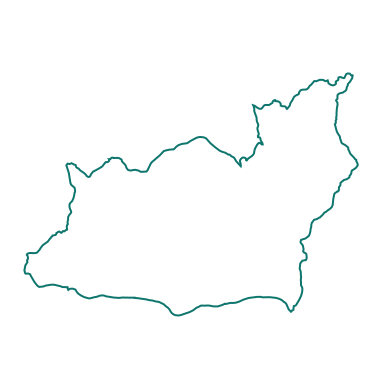 Marmato, Caldas, Colombia (Mercator projection), rotated 92°
{"feature_id": "7082276B17776075078711", "entity_name": "Marmato", "entity_type": "district", "adm_level": 2, "iso_a3": "COL", "parent_name": "Colombia", "parent_adm1": "Caldas", "projection": "mercator", "projection_center": [-75.61, 5.489], "detail": "fine", "context": "isolated", "style": "outline", "palette": "teal", "viewbox_px": 384, "rotation_deg": 92, "n_neighbors": 0, "source": "geoboundaries", "source_scale": "gbopen_adm2", "svg_char_len": 5895}
<svg xmlns="http://www.w3.org/2000/svg" viewBox="0 0 384 384"><g transform="rotate(92 192 192)"><path d="M291.5,313.0L293.3,312.8L294.2,312.2L293.2,311.0L292.8,309.5L292.8,307.7L293.6,305.1L296.1,303.5L297.6,302.1L299.6,298.8L300.9,295.7L301.9,291.5L301.9,290.5L300.4,285.3L299.9,283.0L298.9,280.8L298.4,277.6L298.7,275.7L299.2,274.6L300.2,266.6L300.4,261.5L299.8,257.0L299.9,255.4L299.6,245.7L299.9,245.7L300.0,242.7L300.9,234.1L301.6,230.8L301.8,227.8L302.6,224.7L302.9,222.0L303.2,220.7L305.2,216.3L307.2,214.0L308.6,211.9L310.3,210.3L312.2,209.2L313.7,208.0L315.1,206.0L315.6,204.5L315.8,202.7L315.9,201.1L315.3,198.7L312.1,190.2L310.1,186.6L307.4,183.3L306.8,181.8L305.2,179.0L305.1,174.1L304.9,173.3L304.9,170.8L305.6,166.3L305.4,162.1L303.7,157.4L303.0,156.2L302.8,155.1L302.6,155.1L302.7,154.2L301.5,149.8L301.5,147.7L301.2,145.0L300.8,143.4L300.0,141.3L297.6,136.4L295.9,131.6L294.5,123.0L294.4,119.4L294.8,117.8L294.4,110.8L294.6,108.1L294.9,104.1L295.9,100.6L297.0,98.3L298.7,96.3L299.3,95.0L300.8,93.7L305.9,91.3L308.2,89.0L308.1,88.6L307.0,88.0L306.3,86.6L302.5,86.3L302.1,85.0L301.5,84.1L295.2,80.7L291.5,79.2L287.8,78.4L284.8,78.3L283.5,78.6L281.3,79.9L278.4,79.9L276.4,80.2L272.8,80.0L270.5,80.4L268.8,80.4L266.8,80.9L265.0,81.7L259.6,81.3L256.9,79.4L256.2,76.9L256.2,76.2L255.9,75.7L255.1,75.3L253.4,75.1L250.3,75.5L249.5,76.0L248.3,78.2L247.6,78.8L245.2,78.5L241.5,79.4L238.9,81.6L237.8,81.8L236.0,81.3L234.5,77.0L231.9,73.8L229.9,72.9L227.1,72.3L224.8,72.2L223.2,71.7L220.5,71.6L219.6,71.4L218.6,71.1L215.9,69.3L215.5,69.0L214.7,66.2L213.2,64.0L213.0,63.3L212.2,62.6L210.6,60.9L208.0,59.0L207.1,57.3L206.1,56.3L203.9,53.4L202.2,51.8L200.3,51.0L193.7,50.5L189.0,49.7L187.9,48.8L187.2,47.7L186.4,46.9L186.3,46.0L185.2,45.3L182.0,45.3L180.3,44.0L177.6,43.9L174.7,40.6L173.8,37.7L172.3,35.7L171.6,35.1L170.3,35.1L169.0,34.0L167.4,33.4L165.4,33.2L165.0,33.0L163.4,30.6L162.0,28.9L159.6,27.3L158.4,27.4L156.3,28.3L155.4,28.9L154.2,28.9L153.5,30.1L151.9,31.4L148.3,35.1L144.8,36.7L144.1,37.3L142.3,37.4L141.7,37.9L140.0,40.1L138.1,43.8L137.5,44.3L133.1,45.9L131.2,46.3L128.9,48.0L126.5,49.4L119.3,51.6L118.2,50.8L116.9,50.7L115.9,50.9L115.3,50.8L114.4,50.2L112.6,50.6L111.1,50.2L107.4,50.3L102.9,50.1L100.0,49.6L97.6,49.8L95.9,51.0L95.4,51.2L94.8,50.9L93.8,49.9L90.3,50.0L89.1,49.2L88.7,48.7L87.8,46.6L87.5,44.9L85.4,42.0L84.3,41.3L81.7,40.9L80.3,40.1L78.7,40.0L76.2,37.9L72.7,35.9L69.1,35.4L69.9,35.9L70.1,36.7L68.2,38.5L68.1,40.4L68.6,41.7L69.0,42.1L72.7,43.7L72.9,44.2L72.8,44.9L72.0,47.5L72.0,48.4L72.4,49.5L73.3,49.7L74.7,49.7L75.1,49.9L75.9,51.3L76.7,52.2L77.2,52.2L78.4,51.8L79.0,52.1L80.1,53.4L80.5,54.7L80.4,55.9L79.9,57.4L78.7,59.2L78.2,59.6L77.2,59.7L75.7,60.3L76.6,62.2L76.4,63.1L75.4,64.8L75.4,67.4L75.5,68.4L76.9,71.4L76.9,73.7L80.8,76.8L81.7,78.0L83.7,79.2L85.0,80.3L85.6,81.6L85.9,85.3L86.5,87.0L88.7,88.5L90.1,88.6L90.8,89.3L91.5,90.9L93.0,93.0L93.7,93.5L96.6,94.8L99.9,96.8L102.2,97.3L105.6,99.8L105.7,100.0L105.4,100.4L104.0,101.0L103.3,101.9L103.1,102.7L103.2,104.7L102.6,106.3L100.6,106.5L99.4,107.4L98.4,109.0L98.3,111.9L97.3,112.0L97.4,112.9L98.5,114.4L100.2,114.8L102.4,118.1L102.5,122.0L102.8,122.6L103.3,123.2L105.3,124.6L106.3,125.5L106.5,126.9L106.3,127.8L106.0,128.8L103.6,132.5L103.2,133.9L105.1,133.0L107.4,132.6L109.1,132.6L115.3,130.1L117.6,129.9L119.2,129.6L122.0,128.3L122.7,128.1L124.2,128.3L125.8,128.9L127.7,128.6L131.5,127.3L132.3,127.3L133.6,128.1L134.9,127.9L135.1,126.2L135.7,125.7L138.5,124.9L140.3,123.5L142.0,123.0L142.1,123.7L140.9,125.5L140.5,126.6L141.0,127.4L142.5,128.6L145.9,130.3L147.6,130.9L151.2,131.4L152.7,132.2L154.1,133.6L156.6,137.0L158.5,138.3L158.6,138.7L158.2,139.1L156.8,139.2L156.1,140.0L155.7,141.6L155.9,142.8L157.2,144.2L158.6,145.1L159.9,145.1L161.5,144.5L163.8,144.1L164.5,144.2L159.6,149.0L156.4,151.0L155.8,151.9L155.1,153.5L154.4,154.5L153.6,155.3L153.3,155.8L153.3,157.1L151.6,160.1L150.7,163.4L149.9,165.5L146.7,170.1L142.8,175.1L137.8,179.9L137.0,182.1L136.7,185.4L136.9,187.0L137.6,189.3L141.0,195.2L143.4,198.5L144.3,203.7L145.5,206.9L147.4,209.4L149.4,211.1L150.0,211.8L150.4,215.6L151.2,219.0L152.1,221.6L156.4,225.4L163.7,233.3L165.4,234.4L171.2,236.9L172.6,237.7L173.2,238.5L173.6,243.2L173.5,244.2L172.5,246.0L171.8,249.7L172.2,252.2L172.7,253.6L172.5,255.5L172.1,256.8L170.2,258.3L167.4,259.5L163.9,263.0L162.1,263.5L161.8,263.9L160.6,266.3L160.5,267.6L160.8,271.7L160.4,272.2L160.5,273.1L160.7,273.7L162.0,274.8L162.1,276.0L162.4,275.7L163.0,276.0L163.8,275.9L164.8,277.0L165.1,277.4L165.2,279.4L169.6,282.6L171.5,285.4L174.5,290.4L174.9,291.4L177.7,293.5L179.6,294.3L180.3,294.9L180.6,295.6L180.5,296.3L179.8,297.7L178.1,299.0L176.6,300.8L174.4,304.4L172.6,306.1L171.8,307.8L171.3,308.5L169.2,309.2L168.8,310.2L168.7,311.1L168.2,311.7L167.4,313.4L168.0,314.4L168.3,315.4L168.0,317.3L169.7,318.5L177.5,315.7L187.3,313.8L189.1,312.9L191.7,309.6L194.4,308.9L196.0,308.9L197.5,309.5L198.8,309.5L202.5,310.3L205.3,311.5L207.4,313.4L208.9,314.0L211.4,313.9L213.4,313.2L215.6,312.1L216.9,312.1L219.1,313.8L221.3,314.9L223.8,314.9L226.4,315.3L227.2,315.3L228.3,314.9L229.8,315.8L230.5,315.9L231.8,315.9L233.6,315.5L234.3,315.9L234.5,316.8L235.8,318.2L235.8,318.9L235.5,319.4L235.7,319.7L237.3,321.0L237.4,321.3L236.2,323.2L236.4,324.1L236.9,324.9L237.7,325.6L237.7,326.0L239.2,326.4L239.8,327.1L240.4,329.9L241.3,330.3L241.6,330.9L242.5,331.3L244.0,332.6L246.6,334.4L250.4,339.3L253.2,341.3L254.9,342.2L257.9,344.7L258.3,345.6L258.6,347.2L258.6,351.7L259.0,353.3L259.6,354.5L260.2,354.8L260.7,354.9L261.5,354.2L262.6,353.8L264.0,353.6L265.3,353.9L265.4,354.2L266.2,354.5L267.9,354.0L271.1,356.0L272.1,356.0L273.0,356.4L273.9,356.3L275.4,356.7L276.6,356.7L277.7,356.2L278.6,356.2L279.4,355.4L279.2,352.7L280.0,350.8L281.2,350.3L287.5,346.3L291.1,343.2L292.2,341.5L291.6,337.1L290.7,335.2L289.5,329.1L289.5,326.4L290.8,319.9L291.5,318.4L291.5,313.0Z" fill="none" stroke="#0f766e" stroke-width="2"/></g></svg>